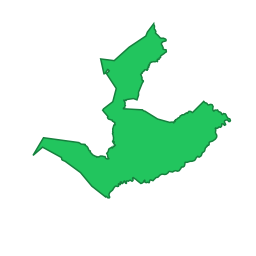 Santa Rosa de Copan, Copán, Honduras (Robinson projection), rotated 318°
{"feature_id": "27666195B67086372267843", "entity_name": "Santa Rosa de Copan", "entity_type": "district", "adm_level": 2, "iso_a3": "HND", "parent_name": "Honduras", "parent_adm1": "Copán", "projection": "robinson", "projection_center": [-88.756, 14.808], "detail": "fine", "context": "isolated", "style": "filled", "palette": "green", "viewbox_px": 256, "rotation_deg": 318, "n_neighbors": 0, "source": "geoboundaries", "source_scale": "gbopen_adm2", "svg_char_len": 5924}
<svg xmlns="http://www.w3.org/2000/svg" viewBox="0 0 256 256"><g transform="rotate(318 128 128)"><path d="M146.4,71.6L147.0,72.0L147.4,72.1L149.0,71.7L149.7,71.4L151.1,71.2L151.7,71.0L151.9,70.8L152.3,71.2L152.3,73.0L151.9,73.1L148.4,73.2L145.7,90.8L134.3,98.3L122.5,97.4L121.9,97.8L121.1,97.8L120.9,99.8L120.8,106.0L120.2,106.2L119.8,106.5L119.6,107.1L119.5,107.9L119.7,108.8L120.5,109.9L120.8,110.7L121.5,111.5L121.0,112.5L121.4,113.4L121.5,114.2L121.8,115.0L121.8,115.3L121.0,116.0L120.8,116.6L120.6,116.9L120.2,116.9L119.8,116.4L119.4,116.4L116.0,118.5L114.9,119.9L114.1,120.5L113.8,121.6L113.1,121.5L112.6,122.0L112.3,123.0L110.8,125.5L108.9,127.3L107.8,127.5L107.8,127.9L108.3,128.8L108.4,129.2L108.3,129.3L108.0,129.4L107.3,128.8L106.9,131.2L107.1,131.8L107.0,132.3L106.2,132.3L105.5,132.5L104.9,131.7L103.8,132.3L103.2,132.4L103.0,132.2L103.1,131.5L103.0,131.3L101.6,131.2L100.4,130.8L99.5,130.9L97.5,132.2L96.7,132.4L95.7,132.5L95.1,132.7L94.8,134.4L93.6,135.9L93.2,137.9L92.3,137.5L91.4,136.4L91.3,135.9L91.3,135.2L91.8,133.9L90.9,133.0L90.3,131.9L88.6,130.3L87.1,130.1L86.7,129.8L86.4,129.2L85.3,128.9L85.3,127.8L84.7,126.9L83.8,124.3L83.7,123.6L83.9,122.9L83.7,121.0L83.8,120.7L84.5,120.1L84.6,119.9L84.5,119.6L84.1,119.1L84.0,118.8L84.6,116.8L85.1,115.4L85.1,113.9L84.7,112.5L85.1,111.7L85.0,111.3L84.8,111.1L84.5,111.2L84.3,111.1L84.2,110.6L83.9,110.1L82.5,108.9L82.2,107.5L81.8,106.5L81.8,106.0L58.7,78.7L39.1,84.8L51.7,85.1L58.8,105.4L57.9,106.8L57.7,107.5L57.8,108.0L59.0,110.7L62.9,129.3L62.2,147.1L65.2,164.1L65.7,163.9L66.0,164.1L66.3,166.4L67.1,167.2L67.5,167.4L67.9,167.3L68.3,166.8L68.6,165.8L69.2,164.9L70.2,164.2L71.5,163.7L75.0,163.8L78.0,162.9L79.5,162.8L80.2,163.1L81.1,164.5L81.9,164.9L82.4,164.7L83.3,163.3L83.7,163.2L84.0,163.6L84.2,164.7L84.5,164.9L85.0,164.6L85.3,163.8L85.7,163.3L86.0,163.1L86.4,163.1L86.8,163.4L86.9,163.6L86.8,164.1L86.4,164.9L86.5,165.2L86.7,165.5L87.6,165.5L89.1,164.9L89.6,164.9L89.9,165.0L89.9,165.4L89.5,166.1L89.3,166.9L89.3,167.6L89.6,168.0L89.9,168.0L90.2,167.7L90.9,166.6L91.3,166.5L91.8,166.6L92.7,167.8L94.1,168.0L94.8,168.3L95.3,170.1L95.5,170.3L95.9,170.4L97.0,170.1L97.8,168.4L98.3,168.2L98.7,168.3L98.9,168.9L99.0,170.0L99.5,171.5L99.6,172.8L100.0,175.4L100.2,176.2L100.4,177.8L101.3,178.3L102.9,178.5L103.6,178.4L104.6,177.9L105.4,177.9L105.5,178.1L105.3,178.5L104.7,178.8L104.5,179.1L104.4,179.5L104.4,179.9L105.1,180.9L106.3,181.5L107.0,182.7L107.4,182.7L108.8,181.7L109.5,181.5L110.1,181.8L111.2,183.7L111.4,183.9L112.8,183.7L114.3,183.7L115.4,183.5L117.3,184.6L120.2,184.4L121.6,184.7L122.7,185.3L124.3,187.2L125.6,187.9L127.6,188.1L129.0,187.8L129.6,187.9L131.7,190.5L133.5,190.9L134.4,191.2L135.1,191.9L135.6,192.8L135.9,193.2L136.6,193.6L137.4,193.9L138.0,193.9L138.7,193.6L139.9,193.5L141.5,192.9L141.9,193.0L142.4,193.5L143.1,193.9L144.3,194.0L144.8,193.8L146.2,192.8L147.0,192.0L147.6,191.8L149.0,193.1L151.9,194.3L152.5,194.9L153.4,195.6L155.4,196.5L156.2,196.6L157.2,196.4L158.9,195.7L161.0,195.8L161.2,196.9L161.3,197.2L161.9,197.4L163.5,197.6L164.3,197.4L166.4,196.2L167.2,196.2L168.3,196.4L169.5,196.3L170.2,195.9L172.0,194.7L173.6,194.5L174.4,194.6L175.3,194.0L176.2,194.7L176.9,194.7L177.4,194.4L178.5,193.2L178.9,193.0L179.7,193.2L182.1,194.3L185.2,194.7L186.0,194.6L187.6,194.2L188.6,193.4L189.2,192.5L189.5,191.0L189.9,189.9L192.0,188.1L192.3,187.6L192.4,186.9L193.0,186.6L193.3,187.2L194.1,187.9L195.3,188.2L196.0,188.1L196.5,188.2L197.0,189.2L197.4,189.4L198.6,189.3L199.5,188.7L200.4,187.8L200.6,187.8L201.4,188.5L201.5,190.5L202.6,190.9L202.8,190.8L203.0,190.5L203.7,188.0L204.6,187.3L205.1,187.3L206.8,188.1L207.2,188.4L207.3,189.0L207.2,190.5L207.4,190.9L208.1,191.3L209.0,191.1L209.5,190.1L209.7,189.5L209.6,189.1L209.0,188.0L208.8,187.3L209.1,185.2L209.7,183.6L209.8,182.7L208.6,181.1L207.2,181.2L206.9,180.9L206.9,180.6L207.4,178.9L207.3,178.3L206.3,176.4L206.3,175.9L206.6,174.9L206.6,174.5L205.7,174.0L204.7,172.9L203.3,172.9L203.0,172.6L203.0,171.9L203.7,170.5L205.6,169.0L206.1,167.1L205.8,166.5L205.3,165.8L204.5,165.3L203.6,165.0L203.0,164.5L202.9,163.7L203.1,162.6L202.9,161.9L202.3,161.0L202.1,160.3L202.1,158.9L186.3,159.7L186.0,159.2L185.7,157.6L184.4,156.4L183.2,156.6L182.9,156.5L182.3,156.9L182.1,156.9L181.9,156.7L181.8,156.2L181.7,156.0L180.1,155.6L178.6,155.6L177.0,154.4L175.8,154.3L175.0,154.0L173.2,154.6L171.9,154.1L169.6,154.1L169.0,153.7L168.6,153.9L167.8,153.8L167.6,154.2L167.5,154.6L167.4,154.7L166.7,154.1L166.4,154.1L166.1,154.4L165.5,154.7L165.1,153.5L164.6,153.0L163.7,152.3L162.9,152.0L156.0,141.1L151.8,126.7L151.4,126.3L151.0,125.6L150.9,124.2L137.5,110.7L137.8,110.3L138.2,110.2L139.6,110.4L140.4,109.6L141.2,109.4L141.2,108.8L141.5,108.3L141.8,108.0L142.4,107.7L142.7,107.3L143.1,105.7L143.5,104.7L144.4,105.5L145.0,105.6L144.9,106.2L145.2,106.2L145.8,106.0L146.3,106.1L151.8,109.8L153.5,113.1L157.9,110.6L159.7,108.5L168.9,104.0L169.3,104.0L170.6,103.6L170.9,103.3L171.0,102.9L170.9,102.7L170.5,102.2L171.2,100.8L172.0,100.2L173.1,97.5L173.2,96.8L174.3,96.6L175.0,96.8L175.3,96.2L178.4,96.3L178.9,95.9L179.3,95.9L180.0,96.5L180.7,97.7L181.0,97.9L181.2,97.7L181.3,97.2L182.0,97.6L182.7,96.7L184.0,96.7L184.3,96.6L184.4,95.7L185.0,95.9L185.4,95.8L185.9,95.6L186.1,94.9L187.2,95.0L187.8,94.5L188.3,94.4L189.5,94.8L190.1,94.9L190.6,95.4L191.8,96.0L192.1,96.6L192.6,97.0L193.7,97.3L194.3,98.3L194.7,98.1L195.7,96.7L196.2,96.9L196.7,97.5L197.1,97.7L198.0,96.9L199.0,97.4L199.4,97.3L199.7,97.1L199.9,96.6L200.7,96.3L204.5,96.8L206.2,96.8L207.0,97.1L207.6,96.9L208.6,95.4L207.1,93.5L206.9,92.7L207.8,91.9L208.5,89.8L208.8,88.4L209.1,87.8L210.0,87.3L211.6,87.2L214.4,88.6L215.0,88.3L215.4,87.7L215.4,87.0L214.4,84.9L213.0,83.8L212.3,82.8L212.2,82.0L212.3,79.7L211.9,75.9L212.2,75.6L212.9,75.2L213.3,74.9L213.8,73.3L213.8,72.0L215.6,70.3L216.0,69.8L216.4,68.4L216.9,67.7L206.6,69.7L202.8,71.6L182.9,68.7L162.8,68.7L153.9,58.4L146.4,71.6Z" fill="#22c55e" stroke="#15803d" stroke-width="1.5"/></g></svg>